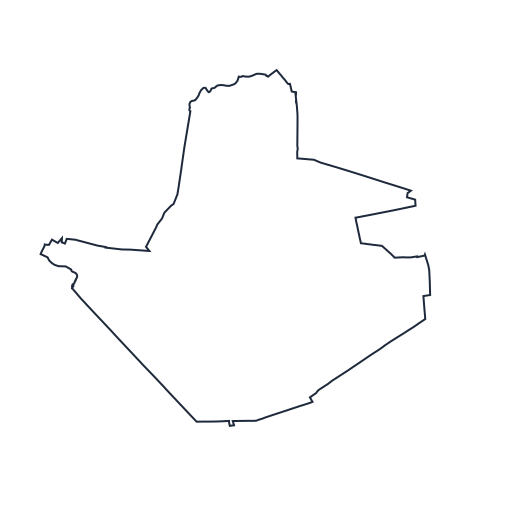 Madona, Madona, Latvia, rotated 228°
{"feature_id": "27541924B48569978533002", "entity_name": "Madona", "entity_type": "district", "adm_level": 2, "iso_a3": "LVA", "parent_name": "Latvia", "parent_adm1": "Madona", "projection": "albers", "projection_center": [26.232, 56.853], "detail": "fine", "context": "isolated", "style": "outline", "palette": "slate", "viewbox_px": 512, "rotation_deg": 228, "n_neighbors": 0, "source": "geoboundaries", "source_scale": "gbopen_adm2", "svg_char_len": 4508}
<svg xmlns="http://www.w3.org/2000/svg" viewBox="0 0 512 512"><g transform="rotate(228 256 256)"><path d="M160.8,114.3L155.6,120.5L151.5,125.6L149.9,124.3L147.3,122.9L146.9,123.5L144.9,126.4L148.9,128.3L146.0,131.6L138.4,140.3L136.1,142.8L133.9,145.4L133.7,145.6L133.0,147.0L132.5,148.5L130.9,151.8L129.6,155.3L127.7,159.6L126.0,163.5L115.3,187.8L113.0,192.8L110.6,198.2L109.8,200.4L112.3,200.9L114.9,201.5L114.4,205.0L114.4,205.4L114.1,207.6L113.9,209.0L114.0,209.3L114.3,210.6L114.4,211.1L114.5,212.9L114.4,213.3L114.4,213.7L113.6,218.7L112.8,223.7L112.4,229.2L112.3,229.7L111.1,237.2L109.9,244.7L109.9,244.9L109.8,245.1L109.8,245.3L109.8,245.6L109.7,246.0L109.6,246.4L108.6,253.8L108.2,256.4L105.7,274.7L104.9,279.7L103.9,285.9L103.3,292.3L102.3,299.4L100.4,310.2L100.0,312.4L98.6,321.0L97.8,325.3L97.1,331.2L95.9,339.6L101.4,343.8L104.6,346.2L114.2,353.6L110.5,359.3L120.1,367.5L129.6,375.3L134.1,378.0L141.4,381.3L144.0,382.5L143.5,381.6L144.8,379.3L146.7,376.1L147.0,375.6L147.3,375.0L147.7,375.2L148.0,375.4L149.7,372.7L151.4,370.1L154.8,366.3L156.8,364.3L162.0,357.9L163.1,357.9L167.1,357.7L179.2,356.4L184.2,352.1L184.7,351.6L185.6,350.8L188.1,348.7L190.5,346.6L191.0,346.2L191.5,345.8L195.3,342.5L196.8,343.4L198.3,344.2L204.4,347.7L210.4,351.2L212.2,352.2L214.8,353.7L216.1,354.5L217.9,355.6L216.5,357.8L214.4,361.3L209.2,369.9L197.9,388.8L186.6,408.2L191.4,412.0L198.6,407.5L201.3,410.7L201.0,413.8L200.9,414.8L202.2,414.1L202.3,414.0L207.8,410.8L218.8,404.3L224.5,400.9L231.6,396.8L233.8,395.5L242.5,390.4L248.8,386.7L257.9,381.3L267.9,375.3L282.0,366.6L284.1,365.6L288.7,363.5L296.6,356.1L300.9,352.0L305.8,356.3L308.0,359.0L310.1,360.3L321.0,370.3L326.8,375.6L331.1,379.5L333.5,381.6L339.7,386.4L343.2,388.9L343.4,388.6L344.3,389.3L344.2,389.6L347.8,392.2L349.9,393.7L349.5,394.0L350.9,395.3L354.3,392.6L360.4,396.0L361.3,396.4L361.5,396.0L361.8,395.5L362.3,395.1L362.8,395.0L363.9,395.0L366.3,395.2L368.1,395.3L371.0,395.3L373.1,395.5L375.5,395.5L380.3,395.7L380.4,395.1L380.6,393.6L380.7,392.1L381.0,389.0L381.2,385.9L381.2,385.0L381.6,385.0L382.9,384.6L382.9,384.3L383.2,384.2L383.5,384.3L384.3,384.5L387.3,382.1L388.4,381.2L388.8,380.8L390.7,378.8L391.5,377.0L392.0,375.4L392.5,373.8L394.0,370.7L396.5,368.1L398.7,366.5L398.9,365.1L400.2,363.6L400.8,363.2L400.1,362.1L399.5,361.1L398.6,359.3L398.1,356.8L398.3,354.7L399.2,352.5L400.2,350.2L401.3,348.9L402.5,347.8L404.7,346.1L406.4,344.5L407.3,343.3L408.4,341.6L408.7,340.1L408.6,338.5L408.9,337.3L409.8,335.8L410.2,335.0L409.8,334.2L409.0,332.0L409.2,330.6L410.4,330.4L412.1,330.5L414.6,331.0L415.5,330.3L416.1,329.3L416.0,326.2L415.3,324.2L414.8,322.7L414.0,321.4L413.3,319.5L412.8,317.2L412.8,316.8L412.5,315.1L412.9,314.1L413.7,312.9L414.2,311.8L414.4,310.3L413.7,308.6L412.6,307.5L411.1,306.5L410.8,306.5L410.3,306.0L410.0,305.3L409.8,304.9L409.3,304.3L408.4,303.9L407.5,304.1L384.8,275.6L372.6,261.0L369.5,257.4L369.4,257.2L364.2,250.9L359.0,244.6L354.3,238.7L349.8,229.5L349.9,229.1L349.9,228.7L350.1,227.6L350.2,226.4L349.5,216.9L346.8,211.4L346.5,210.0L346.2,208.0L346.1,207.5L345.6,204.6L345.4,203.6L344.4,201.6L344.0,200.6L343.6,199.6L340.6,191.6L337.6,183.6L337.0,182.0L336.4,180.4L333.8,180.3L331.1,180.1L345.0,166.7L350.5,160.8L362.8,149.9L363.1,150.4L370.0,145.0L379.1,139.1L388.1,133.2L388.5,133.0L388.8,132.8L392.1,129.8L395.4,126.8L394.2,124.5L393.1,122.3L394.6,121.6L396.1,120.8L399.1,123.7L398.3,117.4L404.7,115.3L402.8,109.7L405.3,107.0L405.9,106.7L404.8,105.3L402.5,99.2L401.5,97.2L399.9,97.9L398.3,98.6L397.3,99.0L396.4,99.4L394.5,100.2L391.0,99.3L387.8,99.5L384.4,100.3L380.6,102.4L375.6,107.6L373.9,108.2L369.9,109.5L369.6,109.6L369.4,109.4L369.0,109.2L368.4,109.0L367.9,108.9L367.3,109.1L365.1,110.1L363.9,110.5L362.9,110.5L362.0,110.4L361.3,110.1L360.5,109.4L360.1,108.9L359.8,108.4L359.6,107.7L359.4,107.1L358.9,106.3L358.7,105.9L358.9,105.7L358.6,105.1L358.1,104.6L358.1,103.9L357.7,103.3L357.2,102.6L357.3,101.7L357.1,101.3L357.6,100.8L356.9,99.4L356.1,99.3L356.0,99.9L355.8,100.1L355.6,99.9L355.6,99.0L356.2,98.7L355.6,98.2L355.1,97.6L354.8,97.8L341.1,97.4L339.0,97.5L337.0,97.5L331.4,97.6L325.9,97.7L320.4,97.8L314.8,97.9L312.8,98.0L298.1,98.3L288.0,98.4L283.6,98.5L269.3,98.8L258.3,99.0L254.9,99.1L251.8,99.1L248.5,99.2L233.9,99.7L220.6,100.0L218.9,100.0L216.4,100.0L211.6,100.1L203.3,100.3L201.4,100.3L198.5,100.4L195.7,100.4L195.6,100.5L195.3,100.5L195.2,100.5L194.7,100.5L194.1,100.5L193.9,100.5L183.7,100.7L172.6,101.0L167.0,107.4L160.8,114.3Z" fill="none" stroke="#1e293b" stroke-width="2"/></g></svg>